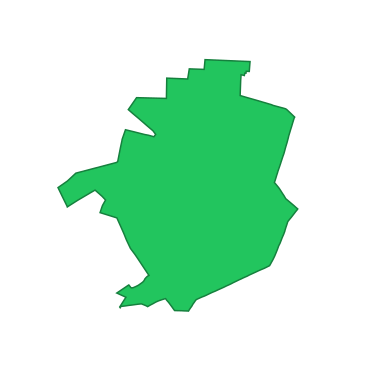 outline of Graniceri, Arad, Romania, rotated 227°
{"feature_id": "2599482B49577309297154", "entity_name": "Graniceri", "entity_type": "district", "adm_level": 2, "iso_a3": "ROU", "parent_name": "Romania", "parent_adm1": "Arad", "projection": "albers", "projection_center": [21.31, 46.505], "detail": "fine", "context": "isolated", "style": "filled", "palette": "green", "viewbox_px": 384, "rotation_deg": 227, "n_neighbors": 0, "source": "geoboundaries", "source_scale": "gbopen_adm2", "svg_char_len": 2770}
<svg xmlns="http://www.w3.org/2000/svg" viewBox="0 0 384 384"><g transform="rotate(227 192 192)"><path d="M201.3,309.9L204.5,308.0L207.6,306.2L209.4,305.1L211.3,304.0L215.5,301.5L223.3,296.8L229.7,293.0L240.4,303.7L244.3,307.9L241.5,309.7L242.9,311.7L242.1,312.5L243.3,314.0L241.1,316.1L247.8,323.4L279.9,291.8L273.4,284.5L283.9,274.0L277.6,265.9L292.5,251.2L277.9,237.1L298.8,215.8L295.7,201.6L289.8,202.2L281.7,203.2L271.1,204.3L263.4,205.2L258.9,204.7L258.4,201.8L263.2,198.9L266.3,196.6L276.4,190.1L282.9,185.8L278.2,176.9L277.2,175.6L273.3,170.0L264.9,158.4L265.1,156.9L285.0,119.9L285.0,108.4L286.6,97.0L276.6,93.9L271.3,92.3L267.0,91.0L266.1,90.6L265.7,93.0L263.9,102.7L260.5,118.1L259.5,122.4L250.2,123.3L245.1,123.3L243.2,117.4L242.3,115.6L239.6,110.7L224.3,119.4L213.2,115.6L210.0,114.5L208.0,113.8L201.8,111.4L192.7,108.5L185.3,107.7L180.7,107.0L160.3,103.6L160.5,103.0L160.7,102.4L160.8,100.8L160.6,98.4L159.9,96.6L159.7,94.4L160.0,92.0L160.4,89.1L161.2,86.4L162.2,83.6L163.0,82.5L163.8,82.1L167.1,82.4L167.2,82.1L169.4,68.1L160.1,71.9L157.2,60.7L156.4,60.6L156.5,60.9L156.7,62.1L154.4,65.2L152.2,68.4L150.2,71.1L148.3,73.8L146.6,76.2L144.7,78.7L142.2,79.9L140.0,80.9L138.4,81.4L138.3,82.0L137.7,84.6L136.9,87.4L136.2,90.4L135.2,93.3L133.7,96.7L132.1,99.9L131.7,99.9L130.3,99.7L127.3,99.6L124.5,99.3L121.9,99.0L119.6,98.7L117.2,98.4L114.8,100.8L112.5,103.2L110.2,105.4L109.9,105.7L108.8,106.8L107.9,107.7L107.3,108.2L108.1,111.2L108.6,113.9L109.3,116.0L109.7,118.0L110.2,120.3L110.4,121.6L110.1,122.7L109.3,125.1L108.4,127.7L107.5,129.9L106.9,131.6L106.6,132.6L105.8,135.2L104.8,138.3L103.6,141.5L102.8,144.0L101.4,148.1L100.6,150.5L99.8,153.2L98.9,155.8L98.1,158.3L97.9,159.1L97.5,160.6L96.6,163.4L95.7,166.4L94.8,169.0L94.5,170.1L93.7,172.5L92.8,175.0L92.2,177.3L91.0,180.9L90.0,183.9L89.1,186.7L88.1,189.6L86.9,192.8L86.1,195.5L85.2,198.5L85.7,200.1L86.6,202.8L86.9,203.8L87.6,205.8L88.8,208.9L90.3,212.2L91.7,215.2L93.4,218.5L94.5,221.5L95.9,224.4L97.0,226.6L98.5,230.1L100.1,233.3L100.5,233.8L102.0,236.4L103.5,239.2L105.0,241.8L105.4,244.4L105.8,247.5L106.2,250.0L106.6,252.4L106.9,254.1L107.3,257.2L107.5,257.8L109.9,257.5L112.4,257.3L115.0,257.0L119.1,256.5L123.2,256.0L126.7,256.8L129.3,257.2L132.4,257.8L135.4,258.3L136.7,258.4L139.8,258.6L142.7,258.7L143.9,260.9L145.2,263.2L146.5,265.4L147.7,267.6L148.4,268.7L150.4,272.5L152.4,276.2L153.1,277.4L154.4,279.8L155.8,282.3L157.4,285.4L158.8,287.7L160.2,289.9L161.7,292.4L163.2,295.0L164.7,297.4L166.1,299.6L166.3,299.9L167.0,300.9L168.1,302.8L169.2,304.7L170.5,306.9L171.9,309.4L173.2,311.6L174.6,314.0L176.5,317.3L176.6,318.0L176.8,318.2L177.8,318.1L181.5,317.9L187.9,317.5L189.0,317.2L190.9,316.1L193.9,314.2L200.5,310.1L201.3,309.9Z" fill="#22c55e" stroke="#15803d" stroke-width="1.5"/></g></svg>